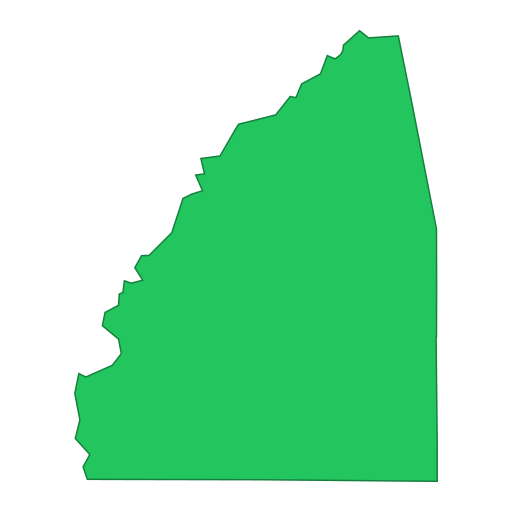 Rankin, Mississippi, United States of America
{"feature_id": "52423323B65726573708010", "entity_name": "Rankin", "entity_type": "district", "adm_level": 2, "iso_a3": "USA", "parent_name": "United States of America", "parent_adm1": "Mississippi", "projection": "orthographic", "projection_center": [-90.031, 32.32], "detail": "fine", "context": "isolated", "style": "filled", "palette": "green", "viewbox_px": 512, "rotation_deg": 0, "n_neighbors": 0, "source": "geoboundaries", "source_scale": "gbopen_adm2", "svg_char_len": 783}
<svg xmlns="http://www.w3.org/2000/svg" viewBox="0 0 512 512"><path d="M398.3,35.9L368.6,37.9L359.5,30.7L343.4,45.2L342.9,50.5L340.8,54.5L335.1,58.9L327.3,55.6L320.5,73.8L301.6,83.9L296.0,97.6L290.2,96.5L275.7,114.9L238.6,124.2L235.3,129.5L220.0,156.0L200.9,158.5L204.5,173.9L195.7,175.0L202.5,190.7L191.5,194.2L183.0,198.4L171.8,232.7L149.1,255.4L141.6,255.7L134.8,267.7L139.4,275.0L142.7,280.2L131.2,283.2L124.4,280.8L122.9,292.5L119.3,294.0L118.5,305.3L105.1,312.4L102.4,325.7L118.6,339.2L121.3,353.7L112.3,365.3L85.8,377.0L78.8,373.6L74.8,393.5L79.9,419.8L75.3,438.5L89.8,454.5L83.1,466.9L87.3,479.3L113.4,479.4L258.9,479.7L437.2,481.3L437.2,445.3L436.1,337.0L436.5,336.9L436.6,287.2L436.5,229.1L412.2,104.6L398.3,35.9Z" fill="#22c55e" stroke="#15803d" stroke-width="1.5"/></svg>